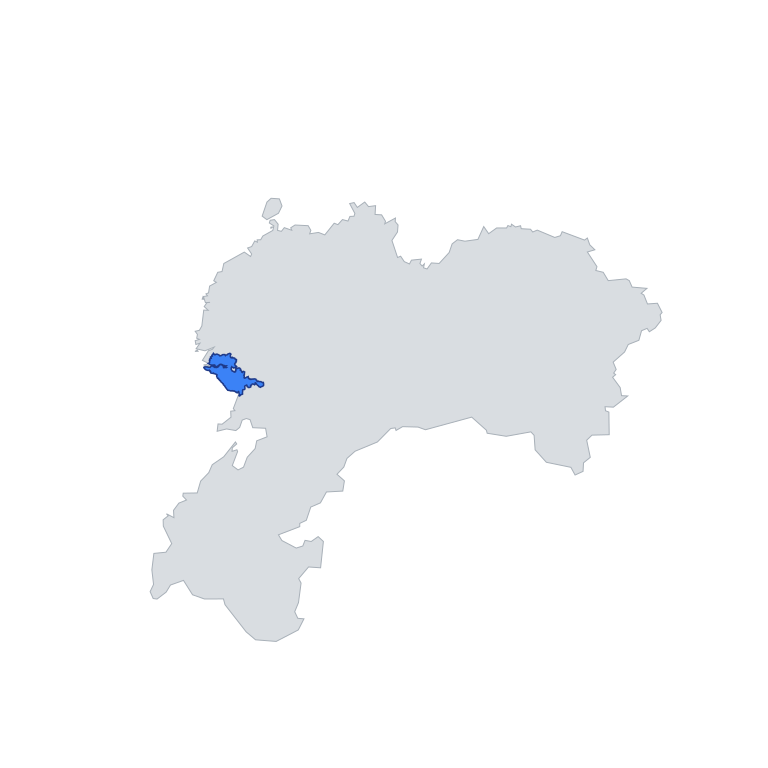 where Jiangsu sits in China, rotated 162°
{"feature_id": "CHN-1818", "entity_name": "Jiangsu", "entity_type": "Province", "adm_level": 1, "iso_a3": "CHN", "parent_name": "China", "parent_adm1": "", "projection": "mercator", "projection_center": [119.061, 32.938], "detail": "fine", "context": "in_parent", "style": "filled", "palette": "blue", "viewbox_px": 768, "rotation_deg": 162, "n_neighbors": 0, "source": "natural_earth", "source_scale": "10m", "svg_char_len": 9561}
<svg xmlns="http://www.w3.org/2000/svg" viewBox="0 0 768 768"><g transform="rotate(162 384 384)"><path d="M419.5,562.7L407.2,558.0L406.1,552.7L408.3,549.8L399.5,548.4L394.2,544.1L381.7,552.3L378.6,549.8L372.7,553.2L367.9,550.1L364.6,553.9L360.7,552.8L359.0,555.2L360.9,566.2L356.4,565.8L354.8,560.2L346.1,563.0L343.9,557.5L336.9,556.2L340.1,548.0L334.0,545.6L332.3,538.3L333.8,536.1L321.8,538.3L323.2,535.0L321.5,530.9L324.2,524.4L332.1,518.1L332.0,500.1L328.7,500.4L326.9,494.1L322.7,490.3L319.6,493.3L309.8,491.2L312.6,487.5L311.3,484.4L308.5,485.8L310.5,482.3L307.5,480.1L301.5,484.5L294.3,481.6L281.4,488.9L275.9,496.2L269.5,498.5L262.9,494.8L250.0,492.5L240.5,502.9L238.0,494.6L228.6,497.6L219.2,494.5L217.2,496.4L214.7,494.4L213.4,496.6L210.4,492.7L205.2,492.3L205.5,489.3L196.8,485.9L195.6,482.6L190.7,483.0L176.3,470.6L170.4,470.5L167.5,473.8L148.8,458.9L145.5,460.0L145.3,452.8L142.0,446.5L149.8,446.7L145.2,429.8L147.5,426.5L141.0,422.5L138.8,413.0L121.3,409.2L118.8,406.5L118.1,399.5L104.4,393.7L111.4,390.8L109.3,388.3L108.7,378.7L99.0,376.3L97.4,366.1L100.0,364.5L100.8,358.9L108.7,353.5L115.5,351.7L116.6,355.6L122.6,355.1L128.1,346.8L139.5,346.1L145.3,340.1L159.3,334.0L158.7,326.1L162.2,323.4L160.8,321.3L164.5,319.8L160.5,307.6L161.7,299.5L155.9,297.3L173.0,291.1L180.8,294.1L181.6,290.1L178.8,287.8L185.5,266.2L202.0,271.1L208.6,267.9L210.5,250.5L218.6,247.4L221.7,239.4L230.4,238.4L232.0,247.0L253.8,259.4L260.6,274.7L257.1,288.8L259.1,293.1L283.9,296.5L301.1,305.3L300.9,308.4L310.8,325.4L358.7,327.7L364.9,332.5L379.5,337.7L386.9,336.1L386.9,338.8L391.4,339.6L408.2,330.9L432.3,329.0L442.2,324.7L447.9,317.4L456.6,312.7L451.6,304.1L456.3,294.9L472.1,299.1L481.2,290.6L491.7,289.6L500.0,278.4L507.2,277.5L508.2,274.4L531.0,273.2L529.5,266.7L518.2,255.1L511.3,255.0L507.4,259.7L501.9,256.7L493.8,259.2L490.3,253.0L501.1,228.8L512.3,233.3L525.3,225.3L524.4,220.3L532.9,202.5L539.3,195.0L538.4,187.8L532.7,185.4L541.5,176.6L566.1,172.5L585.2,180.4L591.7,190.9L603.4,223.2L603.1,229.2L621.3,235.1L631.2,242.7L635.4,259.2L649.2,258.8L655.5,253.4L666.3,249.6L669.8,251.3L670.6,258.8L665.1,264.6L662.2,279.0L655.2,294.0L643.4,291.4L635.2,297.8L637.8,317.0L636.0,323.1L630.0,325.3L631.0,327.8L625.1,321.8L623.2,328.9L615.9,334.1L607.7,334.7L610.0,339.5L608.7,342.2L595.3,338.1L588.4,348.3L578.1,353.8L572.3,360.3L558.9,364.3L543.2,374.8L542.6,372.5L548.0,370.2L549.3,366.9L544.2,366.9L544.1,365.0L553.5,353.3L549.4,347.4L543.3,348.3L536.7,356.6L526.5,362.4L522.6,369.3L511.5,369.9L510.3,378.5L522.3,383.0L522.4,391.5L525.6,393.7L530.0,393.5L534.7,387.3L539.3,385.5L547.6,389.9L557.3,390.6L554.2,397.3L550.4,395.8L539.8,399.7L538.2,405.5L534.0,404.7L534.9,407.2L524.4,420.3L534.7,426.8L540.2,444.9L549.4,453.4L548.8,455.6L537.1,451.1L532.6,453.0L539.0,452.5L549.4,462.6L540.7,469.9L536.5,470.0L534.1,471.6L544.0,470.9L551.8,475.6L546.4,479.7L550.7,479.7L550.2,483.5L545.8,483.5L548.0,485.4L546.1,488.8L547.3,492.5L543.0,492.1L539.3,495.5L532.6,510.0L528.4,508.4L531.1,513.2L527.2,516.1L524.2,515.4L528.7,516.6L528.7,523.0L524.6,522.4L525.5,524.7L522.7,524.9L519.6,531.0L512.0,532.5L514.0,534.8L507.6,541.6L503.3,541.0L499.1,548.1L476.1,552.6L471.5,546.5L469.7,548.5L471.7,555.5L467.4,555.6L462.7,560.0L460.6,558.0L460.1,560.3L456.7,559.3L453.5,562.2L442.3,564.4L439.9,568.4L443.3,572.6L441.7,574.9L437.4,574.2L435.3,568.7L437.8,563.0L434.4,560.9L430.5,563.5L424.2,558.7L424.4,561.4L419.5,562.7ZM444.6,576.5L448.0,581.3L439.1,593.2L434.0,595.5L426.3,592.4L426.0,584.8L431.6,579.0L444.6,576.5ZM549.7,457.9L546.5,457.3L543.6,454.4L546.0,455.0L549.7,457.9ZM553.7,473.4L551.2,474.0L550.7,472.6L553.7,473.4ZM530.7,520.9L529.4,522.6L529.6,520.4L530.7,520.9ZM441.1,567.8L443.4,567.0L443.2,568.1L441.1,567.8Z" fill="#d9dde1" stroke="#a8b0b8" stroke-width="1"/><path d="M525.5,417.7L524.9,417.9L524.7,418.5L524.8,419.3L524.6,420.2L524.8,421.0L524.6,421.2L524.7,421.3L524.7,421.8L524.8,421.8L525.0,421.3L525.8,421.3L526.1,421.0L526.5,421.4L527.0,421.4L527.3,421.8L527.3,422.0L527.1,422.1L527.9,422.9L528.6,423.5L528.9,423.7L528.9,423.9L529.7,424.0L530.3,424.5L530.6,424.6L531.7,424.7L532.5,425.2L533.0,425.6L534.5,426.3L534.8,427.2L535.0,427.6L535.3,428.4L535.3,428.7L535.7,429.5L535.9,430.3L536.1,431.1L536.0,431.3L536.3,431.7L536.5,432.2L536.5,432.3L536.9,432.7L537.0,432.9L537.0,433.8L536.9,433.7L536.8,433.9L537.2,434.3L537.6,435.2L538.2,435.9L538.4,436.5L538.5,437.5L538.8,437.9L539.3,438.1L539.3,438.3L539.1,438.5L539.2,438.8L539.6,439.3L539.8,439.6L539.7,440.0L539.9,440.0L540.0,440.8L540.4,440.8L540.6,440.9L540.6,441.0L540.6,441.6L540.8,442.9L540.7,443.3L540.5,443.7L540.2,443.9L540.3,444.6L540.1,444.5L540.2,444.3L540.1,444.2L540.0,444.5L540.3,444.8L540.7,445.0L540.8,445.3L541.1,445.6L542.4,446.3L542.5,446.5L542.6,446.8L542.7,446.7L543.1,446.8L544.9,447.7L545.3,448.0L545.6,449.5L545.1,449.6L545.4,450.4L545.6,450.5L545.8,451.0L546.0,450.9L546.2,451.1L546.6,451.1L547.8,451.6L549.3,452.8L549.4,453.1L549.8,453.8L549.8,454.2L550.3,455.0L550.3,455.3L550.2,455.5L549.8,455.7L549.3,455.7L548.0,455.3L546.5,454.7L546.3,454.4L544.3,453.5L543.8,453.8L542.7,454.5L542.0,454.3L541.4,454.3L541.2,454.2L541.1,453.5L540.9,453.4L540.7,453.1L539.8,452.0L539.2,451.9L538.2,451.4L536.8,451.4L535.6,452.0L534.7,452.9L534.3,453.0L533.5,452.9L532.7,452.6L532.2,452.1L531.4,450.9L531.5,449.9L531.3,450.1L531.2,449.9L531.1,449.4L530.8,449.0L530.5,448.8L530.0,448.7L529.4,448.7L528.9,448.3L528.6,448.4L529.1,448.7L529.3,449.0L529.0,449.9L528.5,450.1L528.8,450.2L529.3,449.7L529.7,450.0L530.3,450.1L530.0,450.5L530.1,450.9L530.2,451.0L530.9,451.3L532.3,452.8L533.5,453.3L533.9,453.3L534.4,453.3L535.4,452.8L536.5,452.5L536.5,452.1L537.1,452.1L537.9,452.4L538.7,452.3L539.3,452.5L540.0,454.2L539.8,454.4L539.3,454.2L539.0,453.8L539.0,454.1L539.1,454.3L539.3,454.5L540.0,454.7L541.7,455.1L543.0,455.8L543.9,456.7L544.6,457.7L544.8,457.9L544.0,458.0L543.3,458.3L542.9,459.2L542.9,459.7L542.8,460.2L542.4,460.2L542.2,460.4L542.3,461.4L542.2,461.6L541.2,461.8L540.4,461.8L540.4,462.1L540.6,462.4L540.8,463.2L540.6,463.3L539.6,463.3L539.1,463.5L538.7,463.6L538.8,464.0L538.9,464.5L538.2,464.8L537.8,464.9L536.8,465.9L536.3,464.4L536.2,464.4L536.0,464.5L535.8,464.5L535.6,464.0L534.2,464.2L533.4,463.9L532.7,463.3L531.7,462.3L531.6,461.6L531.4,461.5L530.9,461.4L530.4,461.5L529.9,461.3L529.1,461.5L528.8,461.8L528.3,461.8L527.8,461.6L527.5,461.6L526.3,461.2L526.2,460.4L526.1,460.1L525.8,460.4L525.3,460.4L524.4,460.1L523.6,460.7L521.1,460.8L520.8,460.5L520.6,460.2L520.4,459.9L520.4,459.6L520.5,459.4L521.0,459.2L521.2,458.9L521.7,457.6L521.6,456.5L521.4,456.3L521.0,456.4L520.9,456.0L520.8,455.9L520.6,455.9L520.4,456.3L519.8,456.2L519.7,455.9L519.9,455.6L519.5,455.3L518.7,455.2L518.0,454.7L517.9,454.5L518.0,453.8L517.8,453.5L517.4,453.4L517.0,453.1L516.8,452.8L516.9,452.7L517.0,452.5L517.3,452.3L517.1,451.9L517.2,451.4L518.2,450.8L518.2,450.3L518.2,450.1L519.1,449.9L519.7,449.5L519.8,449.3L519.6,449.1L519.7,448.8L519.9,448.5L519.8,447.9L519.7,447.2L519.2,447.0L519.1,446.9L519.0,446.4L518.7,446.1L518.7,445.9L518.9,445.7L519.2,445.8L519.5,445.7L519.8,445.8L520.5,445.5L520.8,445.7L521.1,445.6L521.4,445.8L521.9,445.7L522.0,445.7L522.0,446.0L522.3,446.1L522.7,446.6L523.1,446.6L523.4,447.1L523.5,447.4L524.2,446.7L524.2,446.3L524.4,446.0L524.7,445.7L524.8,445.4L524.6,444.3L524.3,443.7L524.3,443.1L523.8,443.0L523.2,442.3L522.9,442.2L522.9,441.8L522.8,441.6L522.4,441.5L522.0,441.6L521.5,441.5L521.4,441.6L521.3,441.9L521.1,442.1L521.0,442.7L520.5,442.9L520.4,443.6L520.5,443.9L520.2,444.2L519.2,444.0L518.9,444.2L517.5,444.1L517.1,444.2L516.9,444.1L516.3,443.7L516.2,443.5L516.2,443.0L515.8,442.6L515.7,442.2L515.8,441.9L516.3,441.5L515.8,441.0L515.5,440.0L515.6,439.3L515.4,439.0L515.2,438.8L514.9,439.2L514.4,439.4L514.2,439.5L513.5,439.3L513.3,438.9L512.8,438.5L512.9,438.2L513.3,437.8L513.4,437.3L514.0,435.8L514.1,435.7L514.4,435.8L514.6,435.7L514.5,435.2L514.6,434.3L515.1,433.4L515.1,433.0L514.8,432.7L514.5,432.5L514.1,432.7L513.2,432.7L512.8,432.9L512.3,433.0L511.9,432.9L511.2,433.0L510.9,433.0L511.1,432.6L511.1,431.3L511.1,431.2L510.7,431.3L510.6,431.2L510.2,430.1L510.1,429.9L509.9,429.8L509.8,430.0L509.6,430.1L509.4,430.0L509.2,429.6L509.0,429.4L508.7,429.4L508.2,429.6L507.9,429.6L507.2,429.0L506.3,429.1L505.6,428.9L504.4,428.2L504.3,427.2L503.8,426.8L503.8,426.5L503.9,425.9L503.6,425.5L503.4,425.4L502.7,425.5L502.4,425.5L502.3,425.4L502.1,424.9L501.9,424.8L500.3,424.3L500.1,423.9L499.5,423.5L499.4,423.2L498.7,422.7L498.3,422.7L498.4,422.3L498.3,421.9L498.6,421.6L498.6,421.3L498.7,420.4L499.1,419.7L499.5,419.5L499.9,419.5L500.7,419.3L501.5,419.4L502.0,419.3L502.2,419.2L502.4,419.0L503.6,419.9L503.8,420.2L504.0,421.0L504.7,421.9L505.4,423.5L505.5,424.4L505.8,424.8L506.0,424.9L506.3,424.8L506.4,424.6L506.3,424.1L506.4,423.9L506.7,423.5L507.3,423.2L507.6,423.5L508.5,424.5L509.2,424.7L509.6,424.6L510.2,424.0L510.4,423.9L510.8,423.9L511.3,424.0L511.5,423.1L511.5,422.5L511.7,422.4L512.1,422.4L512.8,422.2L514.2,422.6L514.3,422.9L514.4,423.4L514.9,423.8L514.7,424.4L515.1,424.8L515.0,425.4L516.7,425.2L517.2,424.9L517.3,424.6L517.4,424.2L517.5,423.2L517.7,422.7L517.7,422.4L517.8,422.2L518.5,421.9L518.9,421.9L519.9,422.2L520.2,422.0L520.5,421.6L520.6,421.4L520.7,420.9L520.8,420.4L521.0,420.0L521.4,419.3L521.5,418.7L521.5,418.3L521.6,418.1L522.4,418.0L523.6,418.0L524.7,417.3L525.2,417.3L525.4,417.4L525.5,417.7ZM531.1,450.6L531.3,451.5L530.9,451.2L530.3,450.9L530.3,450.5L530.5,450.0L529.9,449.8L529.6,449.5L529.6,449.3L529.9,449.0L530.2,449.1L530.5,449.2L530.7,449.5L531.1,450.6Z" fill="#3b82f6" stroke="#1e3a8a" stroke-width="1.5"/></g></svg>